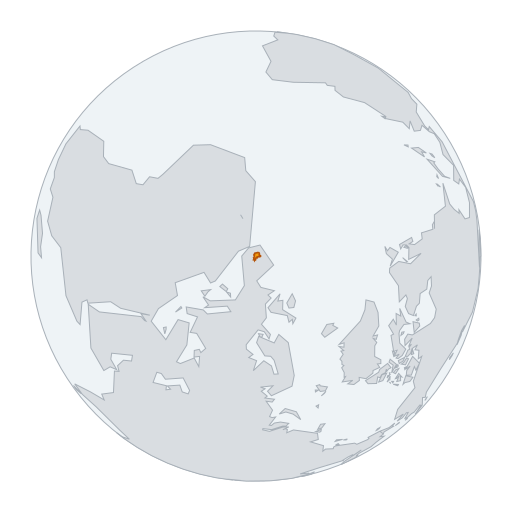 Badajoz on an orthographic globe, rotated 147°
{"feature_id": "ESP-5807", "entity_name": "Badajoz", "entity_type": "Autonomous Community", "adm_level": 1, "iso_a3": "ESP", "parent_name": "Spain", "parent_adm1": "", "projection": "orthographic", "projection_center": [-5.947, 38.694], "detail": "fine", "context": "on_globe", "style": "filled", "palette": "amber", "viewbox_px": 512, "rotation_deg": 147, "n_neighbors": 0, "source": "natural_earth", "source_scale": "10m", "svg_char_len": 11300}
<svg xmlns="http://www.w3.org/2000/svg" viewBox="0 0 512 512"><g transform="rotate(147 256 256)"><circle cx="256" cy="256" r="225" fill="#eef3f6" stroke="#a8b0b8"/><path d="M75.4,390.7L65.1,373.1L60.3,364.2L51.1,346.9L39.3,310.3L39.9,303.3L38.4,295.7L43.2,289.5L43.7,273.1L42.5,268.0L40.2,270.2L37.7,250.4L39.1,235.7L44.0,183.2L47.2,174.1L51.5,165.2L74.8,124.7L54.6,156.6L59.6,146.7L67.6,133.4L68.1,133.3L80.1,117.1L87.5,107.7L105.0,91.1L124.3,79.8L118.9,84.2L124.2,81.5L131.3,76.1L134.7,73.2L162.4,60.8L187.3,49.0L191.0,45.3L193.4,46.6L197.8,40.4L208.7,36.6L198.9,41.0L199.8,41.8L208.4,38.9L211.2,39.1L217.0,38.1L219.5,38.7L213.6,41.9L215.2,42.6L221.2,40.6L227.6,40.6L218.5,43.2L228.7,43.5L220.7,50.2L194.4,59.0L192.3,65.2L171.6,81.6L175.9,81.4L170.7,88.2L173.8,90.8L169.0,93.6L175.6,93.3L179.3,90.2L183.4,89.2L185.5,90.6L179.9,94.3L178.0,94.1L177.4,96.0L173.7,97.3L176.8,97.4L169.7,102.1L179.8,99.7L176.7,105.2L171.2,107.8L167.8,104.6L146.5,104.4L139.8,107.0L133.8,113.3L130.9,130.7L125.2,135.2L120.4,143.3L125.3,141.9L130.8,135.2L138.8,135.1L144.7,127.4L148.8,126.5L156.4,120.3L159.4,124.6L158.3,132.4L152.2,137.9L151.5,141.7L160.8,139.5L152.7,153.5L153.1,169.4L150.5,173.0L139.3,173.7L130.6,165.3L116.1,168.3L129.8,170.0L123.1,179.9L123.8,183.3L126.6,185.2L130.8,183.1L129.4,187.5L115.4,186.8L116.5,182.8L120.9,182.8L116.8,179.2L107.3,179.8L104.6,185.3L93.1,182.1L91.1,186.1L87.4,188.0L91.4,181.6L84.0,193.4L70.0,194.6L59.6,215.3L65.2,194.1L64.4,187.2L62.4,181.1L60.6,184.3L60.5,173.3L56.0,172.0L47.9,184.5L42.8,199.4L43.5,209.7L46.7,206.0L49.0,211.7L40.9,224.4L43.9,239.2L39.9,251.2L39.9,261.5L42.9,265.8L45.6,275.2L49.7,271.8L55.3,274.5L53.2,285.4L58.1,279.3L60.0,288.3L72.6,300.8L71.1,302.3L81.4,325.5L96.1,341.8L99.5,351.9L97.4,355.3L103.3,360.3L103.4,363.4L130.1,381.4L146.3,395.0L147.5,404.9L137.4,411.1L136.1,428.7L120.0,425.4L121.3,430.8L118.2,433.3L107.7,425.3L116.3,432.7L115.8,432.3L101.2,419.6L87.7,405.7L75.4,390.7ZM56.2,221.2L59.8,244.0L54.7,237.6L56.2,237.3L55.9,230.1L54.4,220.1L50.8,215.3L56.2,221.2ZM64.5,216.5L63.7,213.4L64.9,215.6L64.5,216.5ZM135.7,72.1L131.1,76.0L123.7,81.1L127.2,77.7L135.7,72.1ZM150.3,63.7L148.9,65.2L143.2,67.3L145.7,65.7L150.3,63.7ZM193.1,43.0L188.8,44.8L192.0,43.1L193.1,43.0ZM217.3,37.8L217.6,37.3L220.5,37.0L217.3,37.8ZM154.2,118.5L155.2,119.4L153.3,120.1L154.2,118.5ZM156.5,115.1L153.4,115.2L154.1,113.6L155.9,113.5L156.5,115.1ZM227.1,38.0L231.6,37.9L226.0,38.5L227.1,38.0ZM160.1,115.4L155.6,110.8L156.8,108.1L164.9,105.8L160.1,115.4ZM233.5,38.3L244.5,38.7L246.1,37.4L247.6,41.6L237.8,39.6L230.6,40.3L234.3,39.1L233.5,38.3ZM179.5,88.7L175.7,92.0L176.9,88.1L179.5,88.7ZM179.3,86.5L177.3,77.0L184.1,73.2L183.4,77.0L190.6,71.5L194.9,74.2L191.9,77.9L186.7,79.7L192.3,79.5L179.3,86.5ZM246.7,44.1L248.5,44.9L245.5,44.7L246.7,44.1ZM185.1,88.5L184.1,86.7L189.9,83.3L193.0,86.2L190.1,86.3L185.1,88.5ZM190.4,68.8L195.3,67.0L200.1,68.7L202.6,68.3L195.6,74.0L190.4,68.8ZM189.9,87.8L194.4,87.8L193.6,90.8L186.5,90.0L189.9,87.8ZM190.1,81.2L193.0,79.8L192.4,81.5L190.1,81.2ZM193.4,102.0L192.0,99.6L194.9,97.6L193.4,102.0ZM196.2,87.7L196.4,86.6L197.4,85.7L200.2,86.3L196.2,87.7ZM199.5,75.0L200.5,76.2L202.6,72.7L206.3,74.1L201.0,77.8L204.8,76.8L206.0,77.2L200.3,79.8L199.5,75.0ZM205.9,84.1L200.4,89.8L202.3,94.5L199.7,96.4L197.2,88.6L205.9,84.1ZM203.1,81.3L204.3,83.4L200.5,84.5L197.4,83.8L203.1,81.3ZM210.8,73.8L206.5,70.7L207.8,70.0L210.8,73.8ZM207.2,85.2L208.5,83.9L207.8,85.4L207.2,85.2ZM210.5,77.0L208.8,75.9L210.4,75.1L210.5,77.0ZM212.6,82.2L210.8,83.9L208.6,83.4L212.6,82.2ZM212.2,79.6L214.8,78.9L208.9,82.2L211.2,79.2L212.2,79.6ZM212.3,76.5L212.6,75.7L212.7,77.0L212.3,76.5ZM221.8,83.5L215.0,87.8L210.2,86.5L217.5,82.4L221.8,83.5ZM386.9,72.6L386.6,72.4L396.0,79.6L390.8,75.9L400.7,83.8L402.8,85.2L397.2,80.5L410.1,91.6L422.1,103.8L433.1,116.8L443.1,130.6L452.1,145.1L459.9,160.3L466.6,176.0L465.9,174.2L469.1,183.6L466.6,177.2L462.0,171.3L465.3,184.9L472.2,216.6L477.0,234.5L477.7,247.5L468.9,232.3L461.7,217.9L460.6,224.2L449.9,219.1L437.4,236.6L433.7,233.8L431.8,239.4L423.9,240.8L417.6,235.7L413.7,240.0L430.0,253.1L434.0,248.5L434.7,236.5L438.7,242.5L446.0,242.8L444.6,268.7L423.0,306.9L417.8,294.4L385.3,267.7L384.6,262.6L384.3,262.1L383.7,261.3L383.9,270.2L377.3,264.2L398.0,285.9L402.8,296.8L422.7,308.0L421.6,311.3L427.1,312.1L440.9,294.3L441.7,298.9L437.0,326.2L415.2,369.3L416.3,384.2L411.8,398.7L394.3,415.9L392.0,424.3L382.4,431.6L379.2,436.5L369.3,444.4L354.3,453.6L332.8,460.9L334.5,457.7L328.4,453.0L321.2,435.1L329.8,422.4L329.2,413.7L313.3,395.6L317.0,381.9L312.0,377.3L302.1,380.4L295.9,374.5L289.6,375.2L248.1,383.0L233.5,374.1L211.9,344.7L218.1,333.1L216.0,318.7L256.1,267.5L268.1,269.6L303.7,257.2L308.8,258.1L308.5,270.6L338.3,277.6L343.4,265.6L366.5,265.0L379.4,258.4L377.2,234.9L356.0,245.1L348.5,236.3L362.4,219.1L380.3,210.6L378.0,207.0L363.4,204.1L364.2,194.4L358.0,202.5L363.0,205.0L359.2,210.4L354.4,208.6L354.9,205.0L348.5,205.9L347.9,223.4L352.8,227.8L338.2,236.8L345.1,245.2L342.3,251.3L329.6,239.5L328.4,233.9L307.4,223.0L307.4,229.6L327.2,240.6L322.5,240.7L322.7,250.7L318.8,243.3L297.2,230.4L281.9,237.5L268.0,263.7L257.8,266.8L246.7,263.0L246.1,238.8L268.9,234.8L269.0,227.0L259.5,216.9L267.2,216.8L266.2,212.5L274.3,210.6L281.0,198.5L288.6,195.8L286.6,182.4L290.2,179.4L290.3,188.0L294.5,192.9L312.6,186.9L314.8,183.1L312.1,175.1L317.4,174.8L312.5,167.9L320.7,161.3L306.5,163.9L302.9,155.4L305.3,147.1L301.6,145.0L297.6,158.7L298.3,163.9L303.0,167.4L302.7,183.0L297.5,187.1L288.1,173.2L279.6,177.8L276.1,165.8L289.0,135.0L296.7,127.2L319.2,130.4L320.0,136.3L312.4,137.9L323.7,143.6L320.7,139.7L325.2,139.7L322.9,132.4L325.9,132.1L318.5,125.8L322.0,124.7L326.6,128.7L326.1,117.7L332.1,113.9L330.5,111.7L327.2,110.3L337.0,106.9L335.4,105.5L331.6,105.9L325.9,103.4L319.7,97.8L323.5,97.0L326.2,98.8L337.5,101.9L344.2,107.5L345.1,106.6L340.2,101.6L326.4,97.8L321.6,94.8L328.1,95.7L325.4,95.1L324.2,93.4L326.5,91.0L319.3,89.7L301.0,73.8L303.7,68.2L311.5,70.4L302.7,60.2L306.3,55.9L302.8,56.2L296.2,52.3L294.9,53.5L292.7,53.4L275.2,45.3L274.0,43.2L262.4,41.2L260.6,41.5L260.8,42.8L247.6,41.6L246.1,37.4L250.3,36.9L246.6,35.1L256.7,34.4L263.3,33.4L276.6,34.4L280.7,34.0L278.7,33.4L282.8,32.9L298.1,34.7L294.4,35.6L273.3,36.0L282.7,35.7L283.1,36.7L288.1,37.3L294.5,37.4L293.6,36.8L317.2,43.7L337.7,49.2L330.0,45.2L330.5,44.4L347.1,50.0L366.0,59.4L386.9,72.6ZM246.6,294.4L246.5,299.0L246.6,294.4ZM402.5,212.5L411.2,206.0L401.8,196.0L404.4,192.8L400.2,190.8L401.1,195.3L390.2,189.2L391.9,182.2L388.0,177.3L384.9,179.4L383.5,193.4L399.1,202.0L399.4,209.0L402.5,212.5ZM73.1,301.1L74.4,304.7L72.1,302.7L73.1,301.1ZM52.5,241.0L53.9,244.1L54.2,247.3L52.8,245.6L52.5,241.0ZM68.9,264.6L71.4,268.6L68.1,266.3L68.9,264.6ZM60.7,247.3L66.8,261.8L60.7,258.6L57.0,249.6L60.4,253.2L60.7,247.3ZM60.7,221.5L61.2,224.1L60.0,225.5L60.7,221.5ZM65.5,218.2L65.0,217.7L65.3,215.2L65.5,218.2ZM124.0,179.9L125.0,180.1L127.2,182.8L124.8,183.0L124.0,179.9ZM145.4,186.9L142.7,193.9L142.9,188.8L139.0,190.2L134.6,181.7L149.0,174.4L143.3,179.1L145.4,186.9ZM132.8,169.1L133.9,174.8L132.1,168.9L132.8,169.1ZM252.3,192.2L256.7,194.4L255.8,199.8L246.2,204.6L247.3,196.8L252.3,192.2ZM262.9,196.5L256.3,182.2L262.0,179.1L260.0,183.1L264.4,182.5L262.2,189.0L274.1,200.6L274.1,206.1L256.4,211.2L262.2,206.3L257.6,204.2L262.9,196.5ZM229.4,156.0L226.7,151.1L242.6,150.4L243.4,155.2L233.9,160.0L227.4,157.2L229.4,156.0ZM175.2,112.7L173.1,111.8L174.6,110.7L177.7,110.5L175.2,112.7ZM192.5,101.1L186.0,115.9L183.2,115.5L182.7,125.3L175.3,128.2L175.9,121.6L169.8,131.5L167.3,126.8L164.0,133.8L166.1,118.8L163.7,115.3L169.2,118.0L176.1,115.3L178.3,113.1L182.9,104.6L181.1,96.3L187.6,92.9L192.7,92.6L194.1,94.1L189.4,95.7L194.7,96.5L189.0,100.1L192.5,101.1ZM248.7,98.8L242.6,99.0L252.3,103.4L246.6,106.1L248.1,106.4L245.5,110.2L245.0,115.6L241.9,116.3L243.0,118.2L241.3,120.9L241.8,123.8L236.4,126.1L236.6,130.0L233.9,128.9L235.7,135.0L231.9,131.6L229.4,135.2L234.4,136.6L203.9,144.6L194.0,151.5L187.7,159.3L182.1,153.1L184.4,142.2L191.1,130.4L201.4,125.1L197.0,123.6L200.6,120.6L202.6,123.1L201.8,117.7L205.3,116.0L211.2,107.1L207.8,101.0L209.9,97.8L213.0,99.4L212.9,95.2L220.2,96.2L221.8,94.1L230.6,93.2L235.6,98.0L237.1,95.3L243.9,94.9L248.7,98.8ZM224.3,83.4L231.6,87.9L232.1,91.8L216.5,91.7L214.0,93.5L204.1,94.2L203.6,88.8L206.5,89.0L209.2,88.0L208.3,90.1L211.0,87.7L215.1,88.1L218.3,86.4L219.8,88.3L224.3,83.4ZM312.3,252.5L315.8,252.1L320.8,250.1L320.9,256.6L312.3,252.5ZM297.5,243.9L300.3,242.4L303.0,250.1L299.4,250.7L297.5,243.9ZM299.6,235.4L300.3,241.8L297.7,238.7L299.6,235.4ZM292.7,186.4L295.5,184.6L296.7,186.3L296.2,189.5L292.7,186.4ZM276.1,114.4L272.6,113.4L272.9,112.2L267.4,107.3L271.2,105.2L275.9,107.4L276.1,114.4ZM374.9,240.4L372.6,246.4L370.0,245.4L371.3,243.5L374.9,240.4ZM346.5,252.8L354.1,252.8L346.5,254.5L346.5,252.8ZM279.3,111.3L276.6,109.5L280.2,109.6L279.3,111.3ZM273.6,103.5L277.4,103.1L271.0,104.4L273.6,103.5ZM437.1,377.3L419.2,406.9L412.4,412.4L414.1,407.3L422.7,391.3L431.6,381.1L436.8,371.4L437.1,377.3ZM477.5,235.5L479.6,242.0L479.6,246.8L477.5,235.5ZM307.6,94.4L311.0,103.2L315.9,108.9L322.6,110.8L314.6,112.2L307.0,103.4L307.6,94.4ZM301.5,76.2L295.6,75.1L297.1,73.5L298.6,73.6L301.5,76.2ZM298.7,77.0L293.5,79.7L289.5,77.8L294.4,76.0L298.7,77.0ZM286.7,94.7L287.4,97.4L284.5,97.1L286.7,94.7ZM337.5,46.0L338.0,46.2L328.1,43.9L324.4,43.1L328.6,42.8L331.4,43.9L335.0,45.0L337.5,46.0ZM250.1,44.2L248.6,44.8L248.3,43.9L250.1,44.2ZM292.2,54.2L289.2,53.9L289.0,52.6L292.2,54.2ZM280.6,52.6L283.0,54.2L279.0,52.8L280.6,52.6ZM288.6,58.0L283.2,55.0L290.6,57.4L288.6,58.0Z" fill="#d9dde1" stroke="#a8b0b8" stroke-width="1"/><path d="M251.9,256.3L251.9,256.2L251.9,255.9L252.1,255.7L252.3,255.5L252.5,255.5L252.5,255.4L252.6,255.2L252.8,254.8L252.9,254.7L252.8,254.4L252.7,254.4L252.4,254.4L252.3,254.2L252.2,254.1L252.0,253.9L252.0,253.7L252.3,253.5L252.3,253.4L252.5,253.3L252.6,253.5L252.7,253.3L252.7,253.2L253.1,253.3L253.3,253.3L253.5,253.4L253.5,253.5L253.4,253.8L253.5,254.0L253.8,254.1L254.1,254.1L254.7,254.2L254.9,254.1L254.9,254.3L255.1,254.4L255.2,254.5L255.3,254.6L255.6,254.5L255.8,254.3L255.8,254.5L256.0,254.4L256.1,254.5L256.3,254.4L256.4,254.2L256.5,254.3L256.8,254.5L256.9,254.4L257.0,254.4L257.1,254.2L257.3,254.0L257.5,254.1L257.8,254.0L257.8,253.9L257.8,253.6L258.1,253.6L258.3,253.6L258.5,253.5L258.5,253.4L258.6,253.2L258.7,253.4L258.9,253.3L259.0,253.2L259.2,253.3L259.3,253.3L259.4,253.2L259.6,253.2L259.8,253.0L259.8,253.3L259.7,253.5L259.7,253.8L259.8,253.9L259.9,254.0L259.7,254.0L259.4,254.0L259.3,254.4L259.3,254.5L259.2,254.6L259.1,254.8L259.3,255.0L259.2,255.2L259.1,255.3L259.0,255.7L259.0,255.8L258.9,255.8L258.7,255.9L258.4,255.9L258.4,256.0L258.1,256.2L258.0,256.3L257.9,256.4L257.7,256.5L257.5,256.8L257.4,256.9L257.2,257.0L257.2,257.3L257.2,257.5L257.3,257.5L257.3,257.8L257.3,258.0L257.1,258.2L256.9,258.2L256.9,258.3L256.7,258.4L256.7,258.2L256.8,258.1L256.7,258.0L256.4,258.0L256.2,258.2L256.1,258.3L256.1,258.5L255.9,258.7L255.8,258.8L255.7,258.8L255.4,258.9L255.3,259.0L255.2,258.9L254.8,258.7L254.7,258.7L254.4,258.5L254.2,258.6L254.0,258.4L253.9,258.4L253.7,258.3L253.4,258.3L253.3,258.2L253.0,257.9L252.9,257.9L252.7,257.9L252.6,258.0L252.4,258.0L252.2,257.6L251.8,257.0L251.7,257.0L251.7,256.9L251.7,256.7L251.8,256.5L251.9,256.3L251.9,256.3Z" fill="#f59e0b" stroke="#b45309" stroke-width="1.5"/></g></svg>